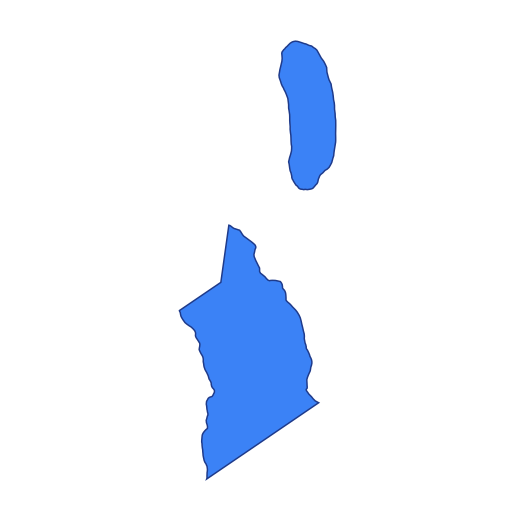 South Thiladhunmathe, Maldives (Albers equal-area conic projection), rotated 146°
{"feature_id": "70690204B40080676832228", "entity_name": "South Thiladhunmathe", "entity_type": "district", "adm_level": 2, "iso_a3": "MDV", "parent_name": "Maldives", "parent_adm1": "", "projection": "albers", "projection_center": [72.871, 6.495], "detail": "fine", "context": "isolated", "style": "filled", "palette": "blue", "viewbox_px": 512, "rotation_deg": 146, "n_neighbors": 0, "source": "geoboundaries", "source_scale": "gbopen_adm2", "svg_char_len": 4611}
<svg xmlns="http://www.w3.org/2000/svg" viewBox="0 0 512 512"><g transform="rotate(146 256 256)"><path d="M350.0,253.6L350.2,253.1L350.3,252.5L350.4,251.4L350.9,250.5L351.4,249.3L351.9,247.9L352.1,246.4L352.2,244.1L352.1,240.5L351.4,238.1L350.5,235.7L349.4,233.2L348.8,230.4L348.6,228.3L348.9,226.6L349.6,225.2L350.5,224.2L351.1,222.9L351.3,221.3L351.3,219.7L351.3,218.4L351.4,216.4L351.4,215.3L352.1,213.9L353.2,212.6L354.5,211.3L355.5,210.1L355.9,208.0L356.2,205.6L356.3,203.3L356.6,201.8L357.3,200.1L358.9,197.8L359.5,196.3L360.4,194.5L361.0,193.2L361.3,192.0L361.7,190.6L361.9,189.1L362.0,187.2L362.3,185.3L362.6,183.5L363.7,180.2L363.7,179.0L363.8,177.7L364.0,176.3L364.3,175.5L364.9,174.6L365.2,173.8L365.6,172.9L365.8,171.2L365.6,170.0L365.5,169.0L365.6,168.1L365.8,167.5L366.7,166.3L368.1,165.5L370.0,164.4L371.1,164.1L371.8,164.4L372.8,164.6L373.7,164.9L375.3,164.7L376.9,163.8L378.2,163.2L379.4,161.8L380.1,160.9L380.7,159.5L381.2,158.5L381.9,157.2L382.4,156.3L382.8,155.2L383.5,153.8L383.8,152.7L384.2,151.9L385.0,150.9L385.8,150.5L386.8,149.6L388.0,148.5L389.1,147.7L390.3,145.5L390.9,143.3L391.6,141.7L392.7,140.2L394.7,140.0L396.1,139.7L397.8,139.2L399.2,138.6L400.6,137.7L401.9,136.2L403.1,134.7L404.0,133.6L405.0,132.2L405.6,130.8L406.7,129.0L407.8,126.9L408.6,125.1L409.5,123.6L410.3,122.1L411.3,120.4L412.0,118.8L412.7,117.0L413.2,115.8L413.5,114.6L413.7,113.5L413.7,112.2L413.8,111.0L414.0,110.3L414.2,109.0L414.5,108.4L415.2,107.0L415.5,106.4L416.3,105.3L416.9,104.6L417.8,103.6L418.5,102.6L419.4,101.4L420.8,99.3L421.6,98.7L286.1,99.3L287.1,101.2L287.9,102.7L288.5,105.7L288.7,108.4L289.1,110.4L289.4,111.9L289.4,114.0L289.5,115.7L289.3,116.9L288.9,117.4L287.7,117.7L286.9,118.6L286.0,120.2L285.0,121.8L283.7,124.0L283.0,125.1L281.1,126.7L279.8,127.6L278.0,128.8L276.8,129.5L275.2,130.5L273.9,131.9L272.7,133.2L271.1,134.4L269.6,135.9L268.7,137.3L268.0,138.9L267.6,140.7L267.4,142.6L266.8,144.4L266.6,145.5L266.4,146.5L266.0,149.2L266.1,150.4L265.8,151.7L265.2,152.5L264.4,154.5L263.9,156.6L263.1,158.4L262.2,160.5L260.7,162.5L259.6,164.5L258.6,167.4L257.3,170.7L256.1,174.0L255.0,176.7L253.9,179.9L253.4,182.7L253.2,186.5L253.4,189.1L254.2,193.5L254.4,195.5L254.8,197.7L255.5,200.0L255.8,201.8L255.7,202.8L254.6,204.4L254.0,205.4L253.0,207.1L252.2,208.7L251.8,210.1L251.6,211.6L251.9,213.5L251.9,214.6L251.0,216.1L250.2,217.9L250.0,219.6L250.1,221.2L251.4,222.6L253.5,224.8L255.8,226.5L257.4,227.5L258.7,228.0L259.6,229.4L260.0,231.6L260.2,233.8L260.9,236.2L261.4,237.8L261.9,239.2L261.7,241.1L260.7,242.6L259.8,244.0L259.6,245.7L259.4,247.4L259.0,250.2L258.7,252.6L258.3,254.3L258.1,255.5L257.8,256.7L256.8,258.5L255.0,260.1L253.1,262.0L251.9,262.7L251.1,263.5L250.6,265.3L251.0,267.5L251.8,270.2L252.4,271.9L253.5,275.0L254.3,277.3L255.0,279.1L255.2,280.5L255.2,282.5L255.1,284.6L255.2,286.6L255.9,287.4L256.8,288.6L257.9,290.0L258.8,291.1L259.5,292.7L259.9,294.1L260.3,295.2L260.6,295.9L261.3,296.7L299.9,253.8L350.0,253.6ZM183.1,297.0L183.2,293.9L183.2,292.3L182.6,290.7L182.6,288.6L182.3,287.6L181.8,286.7L180.8,285.8L180.0,285.1L179.2,284.2L178.1,283.9L176.3,282.3L174.8,281.6L173.2,280.9L172.1,280.5L170.7,280.4L168.8,280.9L166.8,281.5L164.9,281.9L163.4,282.8L162.2,284.0L161.1,285.0L159.4,286.1L158.1,287.0L156.7,287.4L154.1,287.6L150.9,288.4L148.4,288.2L145.9,288.6L143.4,289.8L141.0,291.1L137.2,294.4L135.6,295.6L134.3,297.2L133.2,298.5L132.2,299.6L131.0,300.9L126.3,305.9L125.2,307.4L123.6,309.8L121.4,313.2L119.2,316.3L116.7,319.9L114.0,324.0L112.6,326.9L110.7,330.0L108.8,333.8L106.8,336.8L105.5,339.2L104.3,342.2L102.4,345.7L100.9,348.8L99.8,351.7L98.9,353.9L97.6,356.6L97.2,359.4L96.9,361.3L96.2,363.6L94.4,368.7L93.2,370.8L92.0,372.8L91.4,376.1L91.0,379.5L91.2,383.9L90.7,389.0L90.4,392.6L90.9,394.8L91.7,396.5L92.5,399.0L94.3,401.0L95.9,403.7L97.2,405.1L98.1,406.3L99.3,407.9L101.4,410.5L103.1,412.0L104.6,412.7L106.2,413.2L108.6,413.3L110.8,412.9L113.0,412.4L114.9,412.2L116.2,411.7L117.7,411.5L119.1,411.0L120.4,410.5L121.3,409.6L122.3,407.8L123.8,405.2L125.6,403.0L129.8,399.1L131.9,397.2L133.9,395.1L135.8,393.1L137.0,390.8L137.6,388.4L138.1,386.6L138.7,384.7L139.2,382.2L139.3,380.1L139.7,378.1L139.9,375.9L140.4,373.3L141.5,368.8L144.3,363.3L146.3,360.3L147.3,358.0L149.1,354.3L150.7,351.8L152.2,349.6L153.9,346.7L155.3,344.2L156.9,341.9L158.5,338.9L159.6,336.6L161.0,334.3L162.6,331.8L164.3,328.9L165.1,327.0L166.4,325.1L167.9,323.2L169.9,321.4L171.3,320.2L173.0,318.9L174.8,317.2L176.3,315.8L177.1,313.7L178.9,310.1L180.0,307.6L180.5,305.3L181.7,302.2L182.4,301.1L182.9,299.5L182.9,298.2L183.1,297.0Z" fill="#3b82f6" stroke="#1e3a8a" stroke-width="1.5"/></g></svg>